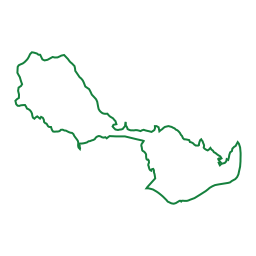 Iranduba, Amazonas, Brazil
{"feature_id": "56859067B47671113990727", "entity_name": "Iranduba", "entity_type": "district", "adm_level": 2, "iso_a3": "BRA", "parent_name": "Brazil", "parent_adm1": "Amazonas", "projection": "equal_earth", "projection_center": [-60.435, -3.087], "detail": "fine", "context": "isolated", "style": "outline", "palette": "green", "viewbox_px": 256, "rotation_deg": 0, "n_neighbors": 0, "source": "geoboundaries", "source_scale": "gbopen_adm2", "svg_char_len": 4611}
<svg xmlns="http://www.w3.org/2000/svg" viewBox="0 0 256 256"><path d="M237.7,142.1L236.6,144.1L235.6,146.0L234.2,146.8L232.4,148.6L231.9,151.1L230.2,152.3L229.8,153.4L229.3,154.9L228.9,157.4L228.2,159.9L226.7,159.1L226.2,161.4L224.7,163.0L223.0,163.4L221.4,163.9L220.7,164.5L219.9,165.3L219.5,164.6L218.7,162.7L220.5,162.2L218.6,159.9L218.2,159.0L219.0,158.4L219.5,158.7L220.3,159.0L221.5,158.4L220.3,156.4L218.3,155.2L216.9,154.2L215.5,153.0L213.9,152.2L212.9,150.6L211.5,149.6L210.4,147.9L209.1,149.4L207.7,150.4L206.1,149.7L204.5,148.6L203.7,147.6L204.1,145.8L203.9,144.7L203.2,143.1L202.6,141.3L201.7,140.2L201.2,139.3L200.3,140.0L199.6,141.6L199.1,143.4L198.9,145.2L198.1,145.6L196.4,145.5L195.7,145.5L194.9,145.0L194.3,144.6L193.1,143.3L191.5,142.4L189.9,142.0L189.2,140.1L185.9,139.4L184.2,139.3L182.9,138.1L182.1,136.1L180.9,134.8L179.9,132.9L178.7,131.5L177.4,130.3L175.8,129.6L174.6,128.4L173.0,127.7L171.6,126.9L169.9,126.5L169.3,126.3L168.4,126.1L165.0,126.9L163.5,127.9L162.3,129.1L160.8,130.1L159.4,131.3L158.6,127.3L156.5,126.1L154.9,126.1L155.0,128.2L154.3,130.1L152.5,131.3L151.5,131.9L150.0,131.5L148.9,131.2L147.0,130.8L145.4,130.4L143.7,129.8L142.0,130.3L140.5,131.1L138.9,130.6L137.2,130.2L135.6,130.1L133.9,130.4L132.3,130.3L130.6,130.3L129.1,129.8L127.6,129.1L127.0,127.2L125.8,125.4L125.8,124.5L125.8,123.4L125.7,122.0L125.4,122.8L125.3,124.1L125.1,125.2L125.2,126.1L123.9,127.4L122.7,129.0L121.0,129.5L119.5,129.6L118.0,130.0L115.4,129.5L114.0,128.1L112.6,126.5L113.5,124.8L116.4,124.2L115.5,121.2L114.2,119.8L113.0,118.3L111.5,117.4L110.0,116.5L108.7,115.3L107.4,113.7L105.8,113.8L104.1,113.7L102.5,113.2L101.1,112.2L99.7,110.8L98.6,108.9L98.1,106.6L97.2,101.7L96.1,99.3L94.7,97.7L93.2,96.1L91.8,94.6L90.4,91.5L89.1,89.1L87.6,88.1L85.3,86.5L83.8,82.6L82.8,80.5L81.2,78.5L79.6,77.2L76.9,73.2L75.3,70.9L75.0,68.3L74.5,66.1L72.0,63.5L70.4,62.2L69.2,60.8L68.0,59.1L64.1,55.0L61.3,55.6L60.4,56.1L57.6,57.4L54.8,57.5L52.6,57.0L47.5,59.8L44.5,60.4L42.4,59.4L40.2,54.8L38.4,54.7L36.9,53.5L33.8,52.6L31.9,52.3L30.1,54.1L28.8,56.9L28.1,58.1L27.4,59.2L26.1,60.6L24.5,62.2L22.7,63.5L20.5,64.4L18.7,65.3L17.7,66.9L17.4,72.8L18.8,75.4L19.8,77.1L20.7,80.2L21.3,82.1L22.1,84.2L21.6,85.0L21.1,85.9L18.6,87.6L18.1,90.8L19.0,94.5L18.9,97.9L16.8,99.3L15.4,100.8L16.2,104.2L17.6,105.7L19.2,105.9L20.9,105.3L22.9,105.1L25.0,105.0L26.1,106.7L27.0,108.6L28.5,109.2L30.0,110.3L31.1,111.7L32.0,113.6L32.3,115.6L32.9,117.6L34.4,118.7L35.7,117.4L37.2,116.4L40.0,118.6L41.1,116.9L42.8,117.8L43.8,119.7L44.1,122.0L45.4,123.3L46.3,123.5L47.1,124.4L47.5,125.4L48.0,126.1L48.6,126.7L49.8,127.0L51.0,127.0L51.3,128.0L51.8,129.5L52.4,130.6L53.1,131.5L54.4,131.7L55.6,131.6L56.9,131.5L58.0,131.5L59.6,131.1L60.9,129.8L62.7,129.7L64.4,130.5L65.9,130.6L67.4,131.4L68.8,132.1L70.4,132.7L72.0,132.9L73.4,134.1L74.3,136.0L75.4,137.5L76.7,139.2L77.8,140.8L78.3,142.8L78.2,143.9L78.1,145.1L78.3,146.7L78.6,147.6L79.2,148.2L79.9,149.0L80.1,148.1L79.5,146.8L79.8,146.0L79.3,145.0L79.3,143.9L80.2,143.5L82.0,143.5L83.6,143.3L85.3,142.9L87.0,142.4L88.5,141.3L90.1,141.1L91.7,140.4L93.2,140.0L94.7,139.2L95.9,137.5L97.3,136.5L98.9,136.0L100.5,136.4L102.1,137.3L103.7,137.6L105.4,137.2L106.7,138.3L107.2,137.9L108.2,137.1L109.6,136.1L116.1,136.4L120.3,136.4L124.9,136.4L136.9,139.3L142.3,140.5L143.0,140.7L143.7,141.0L143.2,141.9L142.2,143.2L141.7,143.9L141.4,144.8L141.3,145.8L141.7,147.0L141.9,148.3L142.2,150.2L142.7,150.9L143.7,151.4L144.4,152.0L144.9,152.5L145.4,153.2L145.8,153.8L146.1,154.6L146.1,155.6L146.1,156.6L146.3,158.2L146.6,159.2L147.3,159.8L148.1,159.6L148.8,160.6L149.0,162.7L148.5,163.7L148.3,164.4L148.3,165.6L148.8,166.4L148.9,167.5L149.2,168.3L149.6,169.4L150.4,170.3L151.3,170.7L151.5,169.6L152.2,169.1L153.2,168.9L153.7,169.8L154.0,170.9L153.9,172.0L154.1,172.9L154.4,173.6L154.6,174.5L154.8,175.7L155.2,178.4L147.5,186.9L146.5,188.3L147.5,188.3L148.2,188.3L149.7,188.6L152.0,189.2L153.0,189.5L154.2,190.2L156.6,191.6L158.5,192.9L160.9,194.8L162.2,195.9L163.2,196.8L164.2,197.8L165.4,199.0L166.6,200.2L167.2,201.0L167.7,201.6L168.4,201.9L171.3,203.3L172.8,203.6L173.8,203.7L175.8,203.1L176.8,202.5L177.6,202.0L179.6,200.8L180.6,200.8L181.2,201.5L181.9,200.8L182.6,200.7L183.8,200.8L184.7,200.9L186.4,200.9L187.6,200.7L188.8,200.3L189.9,199.8L194.5,198.1L197.1,196.5L200.5,194.4L205.7,191.1L208.0,189.3L209.6,187.9L212.3,186.3L215.0,185.1L217.1,184.7L218.2,184.5L219.3,184.3L228.1,182.9L230.0,182.4L231.8,181.0L235.3,179.1L237.1,177.1L238.4,174.4L239.1,171.1L240.1,166.6L240.5,161.3L240.5,159.3L240.6,155.2L240.6,153.0L240.1,147.4L238.9,143.7L237.7,142.1Z" fill="none" stroke="#15803d" stroke-width="2"/></svg>